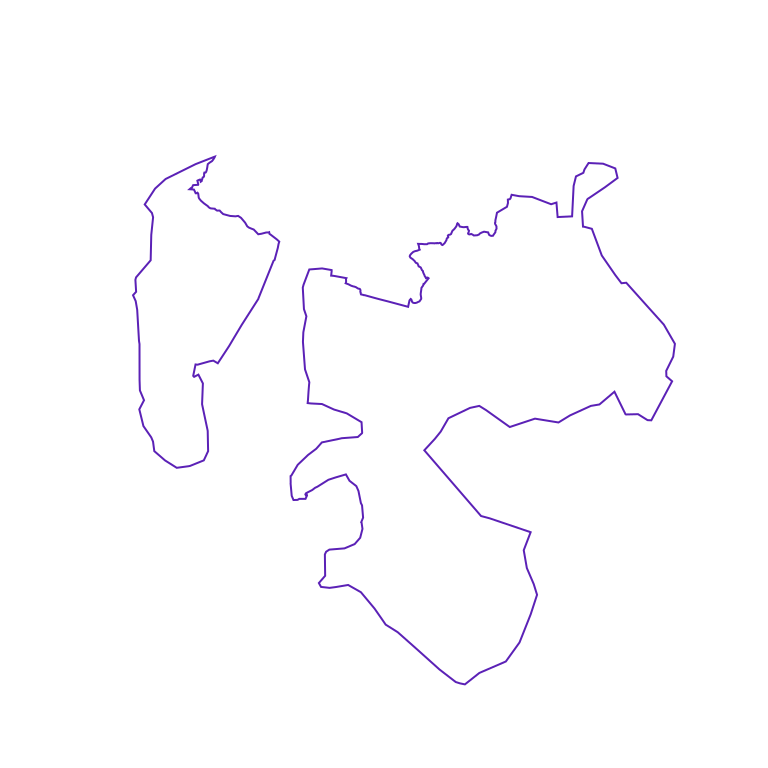 outline of Sabir Al Mawadim, Ta`izz, Yemen, rotated 15°
{"feature_id": "15242507B26080958654520", "entity_name": "Sabir Al Mawadim", "entity_type": "district", "adm_level": 2, "iso_a3": "YEM", "parent_name": "Yemen", "parent_adm1": "Ta`izz", "projection": "natural_earth1", "projection_center": [44.03, 13.53], "detail": "fine", "context": "isolated", "style": "outline", "palette": "violet", "viewbox_px": 768, "rotation_deg": 15, "n_neighbors": 0, "source": "geoboundaries", "source_scale": "gbopen_adm2", "svg_char_len": 6142}
<svg xmlns="http://www.w3.org/2000/svg" viewBox="0 0 768 768"><g transform="rotate(15 384 384)"><path d="M591.8,223.5L587.3,225.2L579.2,218.9L561.1,203.5L544.6,180.3L536.8,180.3L535.5,180.5L530.6,165.9L532.5,153.5L532.8,152.5L534.2,151.0L546.5,136.8L556.3,124.5L551.6,115.9L538.6,114.5L524.4,117.6L522.1,124.9L521.9,128.4L515.7,133.8L515.9,143.6L522.3,173.4L508.5,177.8L503.6,164.1L498.9,167.1L478.6,165.0L466.0,167.6L458.3,168.2L458.2,170.6L458.1,172.1L457.6,173.0L457.0,173.2L455.9,173.8L456.9,177.1L456.9,181.0L448.8,189.3L449.1,193.9L449.2,196.8L449.5,198.2L449.7,199.0L449.5,199.6L449.8,200.4L449.9,200.6L450.8,201.5L451.8,202.6L452.5,204.9L452.3,205.8L452.0,207.2L452.2,207.9L452.3,208.5L451.9,209.7L451.3,211.2L450.9,212.6L449.2,213.2L447.2,212.9L446.1,211.7L445.4,210.6L441.2,211.0L439.1,212.5L437.6,213.9L437.1,215.0L435.5,216.2L432.3,217.3L431.0,216.8L429.3,216.5L428.2,217.3L427.0,217.4L426.3,217.0L426.2,216.7L426.5,215.2L426.4,213.9L425.3,213.1L424.6,212.2L423.9,210.7L422.8,211.0L421.5,211.5L420.5,211.9L419.2,212.1L416.4,212.3L414.7,210.3L413.4,209.7L413.2,210.1L413.2,212.2L412.8,213.7L412.0,215.7L411.3,217.0L410.5,218.1L410.1,220.5L410.0,221.7L409.5,222.3L408.9,222.8L408.0,223.1L407.5,223.6L407.3,224.4L408.1,225.4L407.8,226.2L407.4,226.5L407.0,227.3L407.0,228.0L407.1,228.8L406.9,229.5L406.1,232.3L404.6,234.6L404.0,234.6L403.3,234.3L402.6,233.5L402.2,233.1L401.8,233.1L401.2,233.3L400.6,233.7L400.0,234.0L399.5,234.1L399.0,234.0L398.7,234.1L398.5,234.4L397.1,234.7L396.4,235.1L395.8,235.1L394.9,235.4L394.1,235.5L391.7,236.2L391.0,236.6L390.3,236.7L389.7,237.5L389.4,237.8L388.7,238.0L386.4,238.6L384.9,238.8L382.0,239.5L380.7,239.8L382.0,241.7L383.1,244.4L383.7,245.0L382.8,245.7L381.5,246.7L379.7,247.6L378.1,248.8L376.6,251.1L375.8,253.0L375.8,254.0L376.3,254.6L376.8,255.1L377.9,255.5L379.4,256.0L380.8,256.8L381.8,257.3L382.4,257.9L383.4,258.7L384.1,258.7L385.2,258.9L385.8,259.9L386.4,260.4L387.0,261.4L388.9,261.8L389.4,262.0L391.2,264.2L392.0,264.6L392.5,265.0L392.6,265.5L393.3,266.5L394.1,267.5L394.7,268.1L395.3,269.1L395.9,269.6L396.8,270.5L397.1,270.9L397.6,270.6L398.1,270.0L398.9,270.0L399.5,270.2L399.7,270.3L396.7,277.2L396.3,277.2L396.3,278.8L395.3,281.4L395.6,283.4L396.0,286.7L396.1,287.3L396.3,288.2L396.9,289.5L397.2,290.2L397.5,290.8L397.9,292.1L397.3,293.9L396.9,295.0L395.5,296.1L394.9,296.7L394.1,297.2L393.7,297.5L392.5,297.9L391.7,298.0L390.7,297.9L389.6,297.1L389.3,296.4L388.9,295.8L388.4,295.2L387.8,295.0L387.7,295.4L387.3,295.8L387.0,296.7L387.3,303.2L377.4,303.2L375.2,303.2L366.6,303.2L357.7,303.3L357.1,303.3L353.2,303.3L352.9,303.3L342.4,303.2L341.8,303.4L341.6,303.3L338.6,303.4L338.1,302.6L337.8,301.6L337.5,301.3L337.3,301.2L337.2,300.9L337.2,300.5L337.0,299.5L336.8,299.2L336.1,298.5L335.9,298.4L335.0,298.5L334.2,298.5L331.7,297.7L329.8,297.6L329.1,297.7L327.9,297.6L327.1,297.6L323.9,296.9L320.9,296.6L321.0,296.2L320.8,294.5L320.1,292.5L320.3,291.5L309.1,292.4L307.2,292.6L304.9,293.0L304.5,290.3L304.2,288.4L303.9,287.5L294.3,288.4L286.2,291.3L285.9,291.4L282.2,292.7L280.6,308.9L280.6,311.9L287.3,332.4L291.5,338.7L292.7,354.9L294.8,364.3L303.9,390.3L311.4,401.6L311.7,403.3L311.7,403.5L313.0,410.6L314.7,419.1L315.2,422.2L318.5,421.7L329.3,419.4L342.3,421.6L355.6,422.0L372.2,426.7L375.5,436.7L375.5,437.2L372.4,442.0L357.2,447.3L355.0,448.5L339.1,456.5L335.3,464.1L329.0,472.2L323.7,480.9L321.6,484.3L318.2,496.4L317.6,497.1L319.5,503.9L319.5,504.2L323.8,515.9L326.6,519.5L330.5,518.3L331.9,516.9L337.9,515.3L338.5,511.6L337.9,510.6L337.1,511.5L336.6,510.9L337.0,509.6L342.1,505.0L344.3,502.1L346.3,500.4L355.1,490.9L361.4,486.8L370.6,481.2L375.7,486.4L383.7,489.8L387.0,493.9L392.5,505.0L394.2,506.9L398.4,518.5L397.8,523.2L398.0,523.2L400.7,529.5L400.8,538.7L397.1,546.2L389.8,551.9L388.4,553.0L374.1,558.1L371.5,561.0L371.0,563.9L373.5,572.8L376.8,584.5L372.6,593.1L375.7,596.3L384.2,595.0L390.0,592.6L401.4,587.4L415.6,591.1L432.9,603.3L442.4,611.3L447.9,616.0L461.5,620.2L482.7,630.8L511.5,645.4L530.4,653.3L534.9,653.5L539.9,653.2L550.9,638.4L573.5,620.5L581.8,598.6L585.3,568.5L586.4,548.0L580.4,538.5L569.6,524.8L562.0,508.4L564.0,489.2L520.9,486.4L511.9,486.4L503.1,480.4L440.1,437.6L447.3,423.9L451.1,415.3L455.1,400.4L473.3,384.8L481.7,380.5L489.3,382.8L516.6,393.0L538.8,378.4L562.5,376.0L571.8,366.2L589.5,351.6L597.4,348.0L608.6,331.8L625.1,350.7L625.6,350.8L637.2,347.4L647.9,350.7L651.6,349.9L661.6,306.8L654.8,303.5L653.2,298.3L656.3,282.7L654.6,269.9L654.4,269.7L638.9,254.2L618.6,241.0L591.8,223.5ZM216.5,514.0L217.9,513.3L229.7,504.4L230.8,498.4L230.9,497.6L231.5,494.4L225.9,475.1L225.6,474.4L217.7,458.9L213.5,450.6L208.9,430.3L202.3,423.0L198.7,426.2L197.6,425.5L196.9,413.9L198.9,413.6L209.7,407.2L213.1,405.6L218.1,407.0L224.6,387.3L227.0,378.7L231.3,363.6L240.6,334.3L240.6,333.5L243.0,313.5L245.4,293.6L246.3,292.3L246.2,291.5L246.2,280.0L245.9,276.0L246.0,273.6L243.1,272.1L235.9,269.1L234.5,268.6L233.8,267.1L233.4,267.4L230.9,268.2L226.7,270.6L223.8,271.9L218.2,268.5L216.1,268.3L213.1,267.9L211.1,267.1L208.1,264.1L202.9,260.5L199.6,259.4L197.1,260.5L191.8,261.5L184.7,261.5L182.2,260.2L180.4,259.0L179.6,259.2L177.9,259.7L175.8,259.0L175.2,258.5L171.3,259.2L170.3,259.1L168.9,258.6L167.8,257.8L163.3,256.1L159.7,254.3L157.5,252.7L156.8,251.9L155.6,249.0L155.2,248.1L154.3,247.5L153.5,248.3L152.7,248.5L151.0,246.4L150.1,245.4L148.2,245.7L147.3,245.9L145.8,246.2L146.8,244.7L147.7,243.9L148.0,242.1L148.2,241.3L152.9,239.7L152.9,239.1L151.1,235.9L151.5,235.5L152.4,234.8L153.2,234.2L153.7,234.1L154.6,236.0L155.4,235.1L155.3,234.1L155.4,233.3L155.4,231.5L156.3,230.5L156.4,229.7L155.7,227.0L155.8,226.2L156.9,226.0L157.3,225.1L157.4,223.3L157.2,220.2L157.0,218.8L156.9,217.2L158.3,215.3L160.2,213.2L161.0,211.3L161.7,209.0L161.8,208.1L145.1,220.4L120.0,242.5L112.3,254.5L110.7,259.4L106.4,272.5L115.6,278.9L117.8,282.7L120.6,300.2L126.6,324.9L116.9,345.2L116.9,347.7L120.7,359.1L118.6,363.2L122.7,368.2L126.4,376.2L136.2,405.8L137.5,408.7L146.8,443.2L149.9,453.4L156.4,461.8L154.2,471.8L161.9,485.8L162.5,486.9L173.0,495.8L175.8,499.4L179.5,508.3L192.3,514.5L205.5,518.6L216.5,514.0Z" fill="none" stroke="#5b21b6" stroke-width="2"/></g></svg>